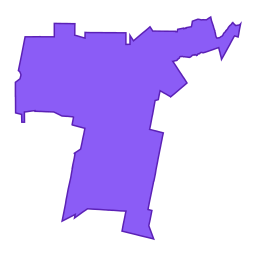 the district of Tercero Arriba, Córdoba, Argentina
{"feature_id": "61730980B38611506941533", "entity_name": "Tercero Arriba", "entity_type": "district", "adm_level": 2, "iso_a3": "ARG", "parent_name": "Argentina", "parent_adm1": "Córdoba", "projection": "equal_earth", "projection_center": [-63.538, -32.374], "detail": "fine", "context": "isolated", "style": "filled", "palette": "violet", "viewbox_px": 256, "rotation_deg": 0, "n_neighbors": 0, "source": "geoboundaries", "source_scale": "gbopen_adm2", "svg_char_len": 5390}
<svg xmlns="http://www.w3.org/2000/svg" viewBox="0 0 256 256"><path d="M153.7,239.0L148.8,225.8L148.9,225.1L150.1,219.7L151.2,214.1L151.9,210.5L148.0,209.5L149.4,202.2L152.3,188.1L153.3,183.2L153.6,181.4L153.9,181.1L155.4,173.6L156.0,169.7L156.5,167.1L157.5,162.1L158.2,158.2L158.9,154.8L159.6,151.1L160.6,146.3L160.9,144.6L161.4,142.2L161.6,141.1L162.0,139.3L162.3,137.5L163.3,132.9L149.6,129.4L150.6,124.6L152.1,116.6L152.6,114.4L153.1,111.6L154.6,103.3L155.1,100.5L157.4,99.9L158.3,99.6L159.0,95.9L159.9,91.6L160.1,90.7L161.2,91.4L162.4,92.0L163.6,92.8L165.2,93.6L166.6,94.4L168.1,95.3L170.4,96.6L170.6,96.9L174.7,93.5L178.9,89.9L187.0,83.0L184.1,78.4L182.4,76.0L181.3,74.2L180.5,73.1L179.4,71.4L178.4,69.9L177.0,67.7L174.3,63.6L173.8,62.8L172.8,61.4L173.4,61.4L173.8,61.2L174.1,61.0L174.5,61.0L174.8,60.8L175.2,60.8L175.4,60.7L175.9,60.6L176.4,60.6L176.9,60.3L177.3,60.0L177.6,59.3L177.8,59.2L178.4,58.9L178.5,58.7L178.8,58.5L179.1,58.3L179.4,58.0L179.5,57.5L180.0,56.7L180.3,56.6L180.7,56.5L181.4,56.6L182.0,56.4L182.8,56.5L183.4,56.8L183.9,56.8L184.6,56.7L185.1,56.8L185.6,56.9L186.3,57.0L186.8,57.0L187.5,57.1L187.9,57.2L188.2,57.2L188.8,57.3L189.1,57.4L189.4,57.4L189.8,57.3L190.0,57.1L190.3,57.0L190.6,56.9L191.0,56.5L191.3,56.3L191.6,56.1L191.8,55.9L191.9,55.7L192.1,55.4L192.4,55.2L192.6,55.2L192.9,55.1L193.1,55.1L193.5,54.9L193.9,55.1L194.2,55.1L194.3,55.1L194.5,54.8L194.6,54.7L194.9,54.6L195.0,54.7L195.3,54.7L195.6,54.7L195.8,54.8L195.9,55.0L196.0,55.2L196.2,55.3L196.4,55.4L196.5,55.5L196.7,55.4L196.9,55.3L197.1,55.2L197.3,55.1L197.3,54.8L197.4,54.6L197.6,54.4L197.7,54.2L197.9,54.2L198.0,54.2L198.2,53.9L198.3,53.8L198.5,53.7L198.8,53.8L199.0,53.8L199.3,53.8L199.6,53.7L200.1,53.0L200.3,52.9L200.5,52.6L201.0,52.5L201.4,52.4L201.7,52.4L201.8,52.5L202.2,52.6L202.4,52.7L202.9,52.7L203.2,52.8L203.3,52.8L203.5,52.7L203.9,52.6L204.1,52.5L204.7,52.4L206.5,51.8L210.8,50.3L213.2,49.5L213.7,49.3L216.2,48.4L218.7,47.6L218.8,48.3L219.1,49.2L219.4,50.6L220.0,52.6L220.2,53.7L220.8,56.1L221.2,57.6L221.5,59.4L222.3,58.0L222.8,57.1L223.6,55.7L225.1,53.0L228.1,47.5L229.9,44.3L230.6,42.9L231.4,41.4L234.0,36.7L234.6,35.9L238.1,37.0L238.6,34.6L239.5,29.3L240.6,23.8L240.0,24.5L239.3,24.9L238.7,25.1L237.9,25.2L237.2,25.3L236.6,25.4L236.1,25.5L235.4,25.5L235.3,25.4L235.2,25.0L234.9,24.8L234.7,24.6L234.4,24.4L234.2,24.1L233.9,23.8L233.6,23.5L233.3,23.2L233.2,23.0L232.9,22.8L232.8,22.6L232.5,22.9L232.3,23.1L232.0,23.2L231.9,23.6L231.7,23.8L231.5,24.0L231.3,24.4L231.0,24.7L230.7,24.9L230.4,25.2L230.1,25.4L229.8,25.6L229.6,26.0L229.3,26.3L229.2,26.4L228.9,26.7L228.8,26.9L228.6,27.2L228.4,27.4L228.2,27.8L228.0,28.1L227.7,28.7L227.4,29.2L227.1,29.5L226.8,29.8L226.5,30.0L226.4,30.2L226.3,30.4L226.0,30.6L225.8,30.8L225.6,31.4L225.3,31.8L224.6,32.4L224.3,32.6L223.4,33.9L223.3,34.2L222.8,35.2L222.8,35.3L222.6,35.5L222.4,35.8L222.2,36.0L221.8,36.2L221.5,36.4L220.9,36.7L220.6,36.9L220.3,37.2L219.8,37.5L219.5,37.7L219.0,37.8L218.7,37.8L218.4,37.9L217.4,38.0L217.1,38.1L216.9,38.1L216.6,37.7L216.4,37.3L216.2,37.0L216.1,36.7L215.9,36.3L215.8,36.0L215.8,35.7L215.7,35.5L215.6,34.9L215.5,34.5L215.5,34.3L215.4,34.0L215.4,33.9L215.4,33.4L215.2,32.7L215.0,32.2L214.9,31.6L214.8,31.1L214.8,30.6L214.4,29.8L214.1,28.9L214.0,28.4L213.7,27.7L213.5,27.0L213.5,26.6L213.3,26.0L213.2,25.7L213.1,25.4L211.5,20.7L210.7,17.0L208.9,18.1L206.5,19.8L205.6,19.8L204.2,19.8L203.3,19.7L201.3,19.9L199.8,19.5L197.9,19.2L195.1,20.2L192.4,21.2L192.2,22.5L191.9,24.4L191.4,26.7L186.0,27.7L186.0,28.3L183.7,28.7L183.7,28.1L177.7,29.3L177.2,31.7L175.8,31.7L175.6,31.3L161.6,31.2L155.2,31.1L152.8,31.1L151.0,28.3L150.0,26.8L148.0,28.6L144.9,31.2L142.9,32.8L138.5,36.5L133.5,40.8L132.0,38.5L130.5,36.2L130.0,35.4L130.0,44.3L125.9,44.4L125.9,32.8L124.4,32.8L117.4,32.8L115.6,32.7L107.4,32.7L105.8,32.7L99.7,32.6L95.8,32.6L93.9,32.6L90.3,32.6L86.4,32.5L85.1,32.4L85.0,37.0L85.0,38.1L80.7,36.9L77.1,35.8L74.7,35.2L74.8,33.2L74.8,26.6L74.9,23.7L72.4,23.7L69.5,23.6L59.5,23.5L54.3,23.4L54.3,26.8L54.3,27.7L54.3,29.2L54.3,36.8L40.9,36.8L40.6,36.7L30.8,36.8L25.1,36.8L21.5,55.4L18.4,70.6L19.2,71.2L19.7,71.7L19.9,72.0L20.3,72.9L21.0,74.9L20.0,78.8L15.4,82.3L15.4,87.0L15.4,96.2L15.5,96.2L15.6,112.9L17.9,113.5L21.6,114.4L21.8,122.2L24.5,122.2L24.4,112.0L26.8,111.7L30.2,111.2L32.4,110.9L35.0,110.6L35.0,111.3L36.7,111.3L38.3,111.4L39.6,111.4L39.9,111.5L40.2,111.4L45.9,111.7L49.7,111.8L52.2,111.9L53.5,111.9L54.9,112.5L59.0,114.5L60.0,115.0L61.5,115.8L62.0,116.0L63.6,116.1L66.1,116.3L67.4,116.3L71.3,116.7L72.7,116.8L73.5,117.2L73.0,120.0L72.7,121.5L72.1,124.7L72.3,125.0L72.5,125.0L74.7,125.6L83.7,128.0L84.9,128.3L83.9,133.5L82.8,138.5L82.0,142.7L80.9,147.8L80.6,148.9L80.6,149.1L77.2,151.4L75.8,152.3L75.2,152.7L74.3,153.3L74.3,153.5L75.0,153.7L74.3,158.0L73.4,162.3L72.9,164.5L72.3,167.8L72.5,167.7L71.5,173.1L70.8,177.4L69.4,183.7L68.2,189.0L66.9,196.0L66.2,199.4L65.5,204.0L62.1,221.1L64.5,219.9L72.9,215.6L75.2,214.4L74.5,218.0L78.0,215.5L82.5,212.2L87.4,208.9L87.5,208.8L90.8,209.0L92.2,209.1L94.1,209.2L96.2,209.3L98.3,209.4L100.1,209.5L104.0,209.8L106.0,209.9L108.1,210.1L109.5,210.1L112.0,210.3L113.3,210.3L118.5,210.7L120.9,210.9L121.9,210.9L123.7,211.0L126.0,211.1L125.4,213.8L124.2,220.0L123.9,221.3L123.1,225.2L122.3,229.7L122.0,231.1L127.6,232.5L131.7,233.5L135.8,234.5L140.0,235.6L143.3,236.4L147.1,237.3L150.3,238.1L152.4,238.6L153.7,239.0Z" fill="#8b5cf6" stroke="#5b21b6" stroke-width="1.5"/></svg>